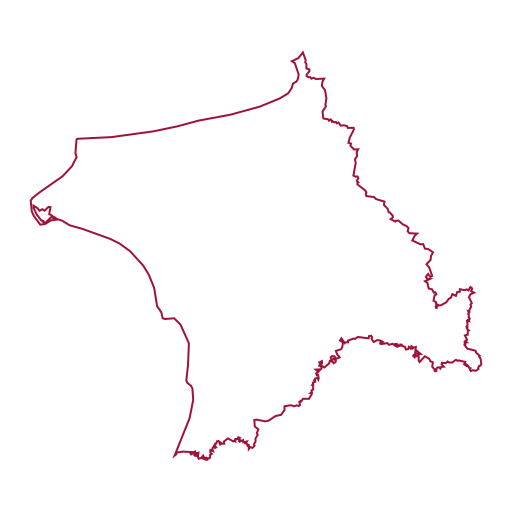 Necoclí, Antioquia, Colombia (Albers equal-area conic projection)
{"feature_id": "7082276B32018425198797", "entity_name": "Necoclí", "entity_type": "district", "adm_level": 2, "iso_a3": "COL", "parent_name": "Colombia", "parent_adm1": "Antioquia", "projection": "albers", "projection_center": [-76.605, 8.491], "detail": "fine", "context": "isolated", "style": "outline", "palette": "rose", "viewbox_px": 512, "rotation_deg": 0, "n_neighbors": 0, "source": "geoboundaries", "source_scale": "gbopen_adm2", "svg_char_len": 6056}
<svg xmlns="http://www.w3.org/2000/svg" viewBox="0 0 512 512"><path d="M302.9,52.4L298.5,58.0L291.9,61.2L294.8,63.1L298.7,74.5L297.7,79.6L296.2,81.7L292.9,83.6L291.8,87.9L288.2,93.3L279.8,98.4L259.8,106.6L230.8,114.6L198.6,120.6L176.7,126.5L153.6,131.3L111.5,137.1L77.3,138.8L76.5,139.8L75.4,153.0L76.6,157.1L71.9,166.3L62.4,176.4L40.2,191.9L32.3,198.1L30.7,200.7L31.8,211.4L33.7,215.7L40.3,224.7L45.3,223.9L51.1,220.3L57.9,219.5L56.8,219.4L53.8,217.2L53.9,218.0L50.9,217.4L44.4,223.7L43.9,222.0L42.7,221.7L43.1,220.9L41.2,220.3L36.7,214.5L33.7,208.1L33.6,205.7L37.5,208.2L39.5,210.8L42.3,209.2L44.5,210.7L48.5,206.9L50.5,207.1L49.2,214.1L52.0,215.6L52.3,217.0L54.4,217.1L56.8,219.0L61.8,220.5L69.7,225.3L82.2,228.8L110.0,238.8L119.5,243.5L130.1,251.2L143.3,265.7L148.9,274.9L154.1,287.7L157.1,306.1L161.4,312.5L162.6,318.2L164.8,319.0L174.2,318.3L180.5,324.6L188.9,343.3L188.0,365.2L186.3,380.5L187.3,382.8L190.8,385.6L192.4,388.4L193.2,400.0L189.6,418.1L174.6,455.6L176.2,454.4L176.6,452.6L182.8,451.6L192.2,452.1L190.5,453.5L191.1,454.4L195.1,451.5L195.8,453.2L194.1,454.9L195.2,455.9L196.1,455.9L197.1,453.1L198.5,452.7L197.9,456.8L198.6,458.7L201.2,457.9L203.1,455.6L203.9,457.3L202.8,458.5L205.5,459.6L205.2,457.9L206.2,457.7L207.5,459.3L207.8,458.2L209.3,458.4L210.2,457.3L210.0,455.0L211.7,454.0L210.3,452.4L210.4,450.1L213.1,451.2L212.3,448.8L213.4,446.9L214.7,446.5L215.0,447.9L216.1,447.4L214.3,445.3L215.4,444.8L215.2,443.6L216.4,443.2L217.1,441.2L218.4,441.0L220.5,442.5L219.5,443.0L220.2,444.5L221.6,443.6L224.2,443.7L223.8,441.6L227.9,438.4L233.4,441.4L234.2,440.6L235.4,441.4L235.4,439.0L236.9,439.0L238.4,437.3L239.8,437.9L238.3,439.2L240.0,440.0L239.0,441.1L239.6,441.7L243.1,440.1L243.3,442.3L246.7,441.5L245.5,443.3L246.7,443.4L247.4,445.4L248.0,444.6L248.8,445.1L248.8,449.0L250.3,447.1L252.5,447.9L254.6,445.7L253.9,444.3L255.5,441.7L255.5,438.5L257.7,434.9L256.8,433.1L258.3,429.3L254.8,426.5L254.3,420.0L256.5,419.6L265.5,421.4L268.8,420.5L275.4,416.1L281.1,414.8L284.5,410.0L284.5,406.3L290.7,405.2L294.2,406.3L296.6,405.3L298.8,406.0L300.0,404.9L299.3,402.1L300.4,401.9L300.5,400.9L301.4,401.2L302.9,398.8L309.0,398.8L311.8,394.0L311.9,392.9L310.8,392.9L311.7,392.2L311.5,390.4L313.1,389.6L313.2,385.3L312.2,385.0L313.2,383.9L312.8,382.6L315.3,381.7L315.2,380.4L314.3,380.2L315.3,378.4L317.4,378.1L318.3,379.6L318.7,378.2L318.1,374.8L316.9,375.3L316.1,373.4L318.3,371.8L315.7,369.6L319.0,369.4L319.1,370.7L321.5,368.7L321.1,366.0L319.3,365.8L320.0,363.5L319.3,362.4L321.9,361.1L322.0,363.1L320.7,365.1L324.3,367.5L329.2,363.4L329.8,360.9L332.7,361.7L333.5,363.2L335.4,362.2L335.9,361.0L334.4,358.8L333.3,358.6L332.6,360.0L331.3,359.7L330.7,357.3L331.8,356.2L334.3,356.2L336.3,358.8L339.7,357.4L337.1,354.3L335.9,350.9L341.0,349.3L342.3,347.1L343.0,342.3L340.0,340.5L341.4,338.3L344.7,343.1L345.2,342.3L348.2,342.3L348.1,340.5L353.8,338.5L355.1,338.9L357.8,337.0L368.6,338.3L369.0,336.1L371.2,335.8L372.1,337.3L371.6,338.8L373.7,342.0L377.3,340.1L380.6,340.6L382.6,341.8L380.4,342.6L380.2,343.6L381.2,344.1L387.3,343.1L389.0,344.8L392.7,343.8L394.4,345.1L395.1,344.0L396.4,344.0L395.8,346.1L397.3,346.8L398.2,346.4L397.2,345.4L397.6,344.7L398.5,345.7L400.2,345.7L400.2,344.6L401.6,344.6L402.5,346.2L405.0,346.8L405.8,349.5L408.1,349.1L408.9,346.8L410.7,348.5L411.4,346.2L412.6,347.0L412.3,349.4L413.3,347.6L415.8,347.0L415.2,352.7L416.9,350.8L420.5,353.9L415.8,353.6L414.9,355.3L413.7,355.0L413.2,355.9L414.6,357.1L414.9,355.7L416.0,356.5L418.6,355.1L418.7,360.8L419.6,362.0L424.9,356.3L429.0,358.6L430.6,361.4L432.9,362.3L432.2,366.7L434.5,369.4L435.6,369.4L434.6,370.7L435.2,371.3L436.4,370.9L436.4,368.7L437.5,367.4L439.5,367.4L440.3,368.6L441.5,366.8L443.8,366.7L441.6,364.2L441.9,362.8L445.8,363.1L447.6,361.5L448.4,362.3L452.0,362.6L456.0,359.8L457.6,360.9L458.7,360.4L465.2,361.9L464.6,363.1L466.3,364.4L464.7,364.6L466.7,366.1L468.4,366.0L468.9,367.7L470.5,368.2L470.0,369.9L470.9,371.1L472.5,370.2L475.8,370.8L478.5,369.0L478.1,368.1L479.3,365.7L480.4,365.7L481.3,364.3L480.6,358.7L479.1,356.5L479.7,355.8L476.2,352.7L475.5,350.7L467.3,348.6L464.4,344.8L464.8,342.8L465.4,343.6L465.5,342.5L466.4,342.4L465.4,341.8L466.1,341.6L465.5,340.9L467.1,339.8L464.9,335.4L467.7,334.7L467.8,330.4L468.7,330.3L466.8,328.3L467.5,327.2L466.5,326.7L467.6,324.7L467.0,321.1L469.0,321.3L468.2,319.9L469.3,319.9L469.8,318.4L468.6,317.3L468.9,315.1L468.1,314.0L469.0,312.9L468.3,311.3L469.4,311.7L469.4,309.8L471.2,306.8L470.5,304.5L471.8,303.1L469.0,297.2L470.4,294.3L474.1,292.7L471.1,291.1L472.2,288.5L470.4,287.0L468.5,290.4L466.7,289.4L464.6,290.2L459.9,289.2L459.8,291.7L457.1,292.2L455.9,295.9L452.4,294.1L450.9,297.7L448.8,298.8L446.3,302.3L441.1,305.2L436.9,305.8L436.7,308.0L436.2,307.9L435.7,306.4L437.3,304.5L436.0,303.9L436.1,302.2L433.5,300.7L434.6,295.4L436.3,294.3L435.4,292.3L433.9,292.7L432.1,289.4L428.7,288.5L427.4,282.9L425.0,281.2L429.9,279.0L427.0,278.6L425.9,276.8L428.1,273.9L430.3,277.0L432.2,275.9L429.3,267.7L426.5,264.2L430.6,259.9L430.9,256.3L433.0,252.3L428.4,249.2L424.9,248.6L423.2,244.1L420.5,244.3L412.3,240.5L414.5,236.0L417.1,233.6L409.5,233.2L407.7,231.3L408.5,228.1L406.5,226.0L403.0,224.5L398.6,220.7L396.0,220.7L395.2,221.6L390.7,219.1L392.9,217.4L392.8,215.8L389.8,212.4L388.7,212.3L387.9,209.1L383.9,204.8L384.5,201.6L375.9,199.0L373.9,197.0L366.4,196.1L365.8,194.0L366.4,192.4L365.2,190.4L357.4,184.4L357.4,182.8L358.3,182.4L356.8,180.7L358.4,178.2L357.5,176.4L355.6,176.7L353.4,175.6L355.7,163.0L355.0,159.2L357.1,156.1L356.7,152.1L358.2,149.3L354.0,149.5L350.4,145.7L351.0,143.6L348.4,142.8L349.9,137.4L353.9,129.5L353.6,127.8L347.7,127.9L347.2,126.2L344.2,125.3L340.7,125.6L338.4,122.5L336.7,123.3L335.9,122.0L333.8,122.2L332.6,121.1L332.0,121.7L330.8,119.4L329.0,120.7L328.2,119.3L323.4,118.5L322.5,111.6L325.9,106.3L325.4,104.9L326.4,98.3L325.1,90.4L321.8,85.8L322.5,81.7L324.2,78.6L315.9,79.0L313.6,77.8L311.4,78.7L310.3,77.1L308.6,77.3L306.6,76.1L306.6,74.6L309.3,71.4L309.5,69.5L306.4,68.4L306.4,64.0L305.2,62.2L305.7,60.2L302.9,52.4Z" fill="none" stroke="#9f1239" stroke-width="2"/></svg>